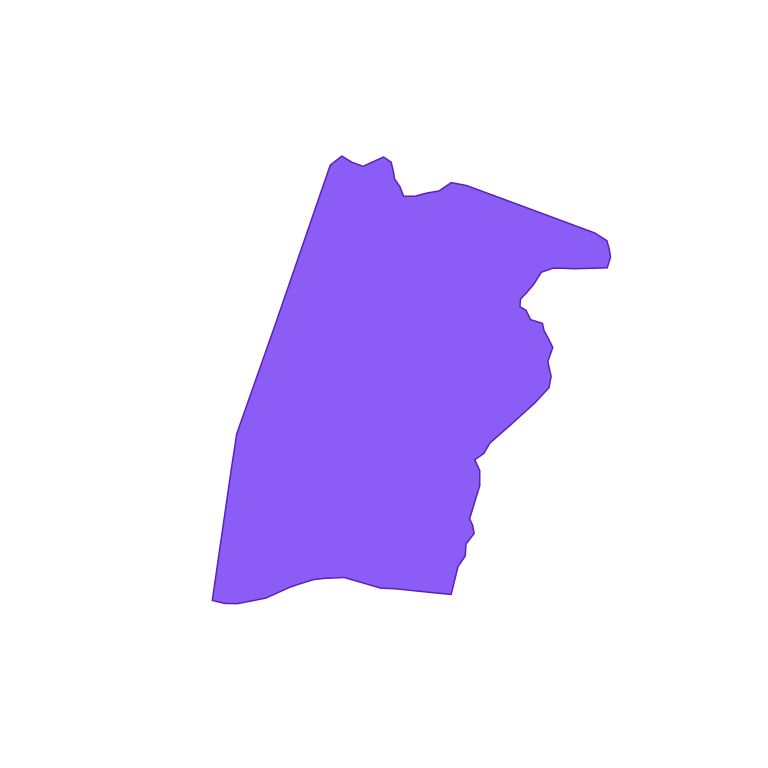 the district of Santa Rosa do Sul, Santa Catarina, Brazil, rotated 55°
{"feature_id": "56859067B70095049374994", "entity_name": "Santa Rosa do Sul", "entity_type": "district", "adm_level": 2, "iso_a3": "BRA", "parent_name": "Brazil", "parent_adm1": "Santa Catarina", "projection": "equal_earth", "projection_center": [-49.735, -29.123], "detail": "fine", "context": "isolated", "style": "filled", "palette": "violet", "viewbox_px": 768, "rotation_deg": 55, "n_neighbors": 0, "source": "geoboundaries", "source_scale": "gbopen_adm2", "svg_char_len": 1046}
<svg xmlns="http://www.w3.org/2000/svg" viewBox="0 0 768 768"><g transform="rotate(55 384 384)"><path d="M594.9,449.7L576.0,428.1L571.5,416.1L562.2,408.7L558.1,395.9L550.6,392.4L543.5,391.2L532.7,377.3L522.2,363.9L510.0,355.3L498.1,353.0L498.1,341.9L493.1,331.1L490.2,304.6L486.0,271.2L481.6,250.9L473.6,242.7L459.5,236.9L450.9,224.8L441.2,223.3L432.2,222.3L425.2,219.4L415.4,227.0L405.1,225.4L398.6,228.3L392.7,223.3L390.9,214.3L388.2,204.1L382.7,191.0L385.9,179.6L391.1,172.0L398.7,162.1L416.9,134.5L409.9,125.6L403.2,122.3L394.5,119.2L381.1,124.8L306.9,176.1L268.8,202.5L257.6,213.4L257.4,228.3L252.2,239.2L247.8,251.2L241.4,260.2L231.7,257.8L222.1,257.7L214.7,254.2L206.4,250.9L197.8,254.2L195.5,266.2L193.7,276.3L184.0,283.1L173.1,287.8L173.9,302.5L274.1,440.6L329.3,517.8L340.4,533.3L353.5,545.8L365.4,557.2L462.8,648.8L472.2,640.5L479.7,630.4L491.6,603.6L496.2,579.1L498.6,570.2L503.9,553.7L509.1,544.2L519.6,527.7L536.7,513.9L549.1,504.0L558.9,491.4L582.7,464.0L594.9,449.7Z" fill="#8b5cf6" stroke="#5b21b6" stroke-width="1.5"/></g></svg>